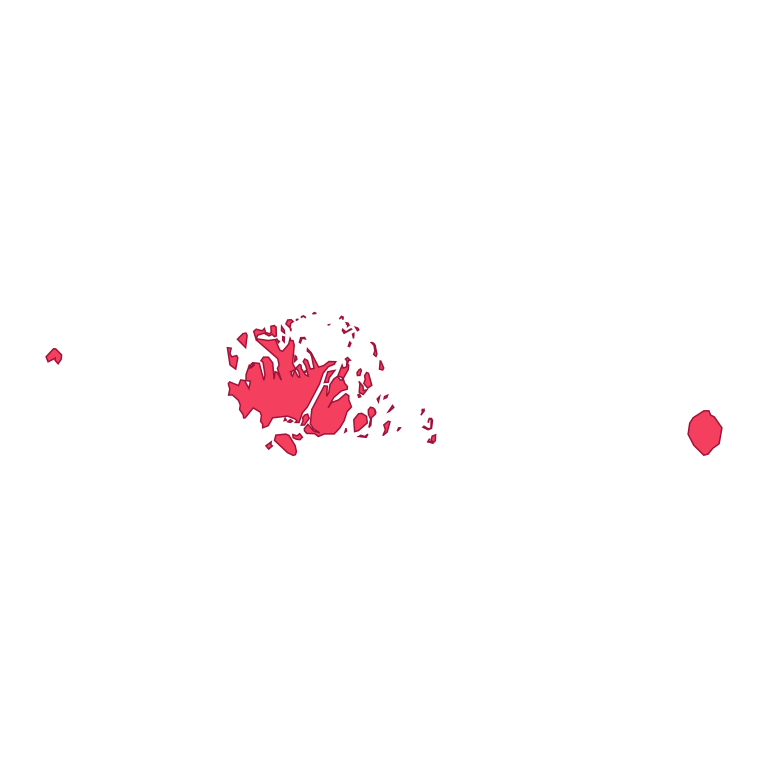 Savo-Russull Islands, Central, Solomon Islands
{"feature_id": "97153195B89982446723092", "entity_name": "Savo-Russull Islands", "entity_type": "district", "adm_level": 2, "iso_a3": "SLB", "parent_name": "Solomon Islands", "parent_adm1": "Central", "projection": "robinson", "projection_center": [159.191, -9.062], "detail": "fine", "context": "isolated", "style": "filled", "palette": "rose", "viewbox_px": 768, "rotation_deg": 0, "n_neighbors": 0, "source": "geoboundaries", "source_scale": "gbopen_adm2", "svg_char_len": 6172}
<svg xmlns="http://www.w3.org/2000/svg" viewBox="0 0 768 768"><path d="M287.6,416.1L295.0,418.9L296.9,420.7L295.4,422.4L299.0,422.5L302.4,412.8L307.4,406.9L319.4,384.2L323.1,373.2L328.4,366.6L334.2,364.3L335.7,361.7L329.0,361.5L323.6,365.6L318.6,367.1L311.2,352.8L307.5,348.8L307.3,351.1L310.5,353.5L311.8,357.1L314.0,368.4L310.4,369.0L307.5,360.5L304.7,359.0L303.2,361.6L305.8,366.0L308.3,376.1L305.6,374.9L301.4,368.7L301.0,365.2L299.5,364.5L296.1,368.0L298.9,372.1L299.7,377.3L298.0,376.7L294.8,370.2L292.5,376.2L291.1,374.5L291.8,372.1L290.7,371.8L295.6,369.3L292.6,363.4L294.2,345.2L293.0,340.6L291.0,340.6L290.1,338.4L288.7,344.1L282.5,351.4L279.7,350.0L275.3,339.5L268.4,340.5L257.7,339.0L257.1,340.6L277.8,358.7L279.1,365.0L277.4,368.5L281.4,380.3L277.2,372.4L275.2,371.7L274.1,379.2L272.7,362.9L268.4,357.2L263.5,357.1L261.0,360.7L263.0,362.2L265.0,374.9L263.8,380.2L259.3,363.4L252.7,362.7L252.2,363.3L253.9,363.8L254.1,365.3L250.9,367.9L248.9,368.1L248.0,369.4L249.2,367.3L249.6,364.4L246.1,374.4L246.0,380.7L250.4,381.2L248.9,388.5L244.6,380.5L240.6,380.0L238.5,385.5L229.6,381.9L228.3,383.7L229.8,389.0L228.6,395.1L232.4,394.9L238.5,400.4L240.3,405.2L239.6,409.5L243.2,414.7L243.6,417.9L245.2,417.8L253.2,407.9L260.2,412.1L261.4,415.5L260.6,421.3L262.6,424.0L262.7,427.8L268.2,425.7L272.6,417.8L287.6,416.1ZM351.5,406.9L348.8,399.9L348.8,395.7L345.8,393.7L338.4,400.0L331.6,402.5L328.1,407.8L333.7,397.5L341.4,390.9L347.2,389.2L347.4,386.5L344.6,383.2L343.2,378.5L348.2,369.6L348.7,365.2L347.5,363.7L348.7,360.4L350.2,360.2L347.5,357.5L345.4,359.1L347.0,361.1L346.6,366.8L343.1,368.1L342.1,365.2L337.9,375.8L342.3,377.6L342.3,380.1L340.0,379.9L337.7,376.2L333.8,379.0L330.0,384.7L328.8,392.5L326.7,396.2L327.3,386.2L324.2,385.8L311.8,409.4L310.3,423.9L313.6,428.9L319.8,432.8L313.7,431.1L307.9,424.3L304.3,428.7L304.5,430.9L306.7,433.4L314.7,433.7L318.3,436.5L324.5,433.9L334.2,433.9L339.7,428.1L344.2,420.6L347.0,411.8L351.5,406.9ZM721.9,427.9L714.4,417.0L710.6,415.0L708.9,410.8L704.0,410.8L693.2,417.7L689.7,423.2L688.1,434.2L693.8,445.3L703.8,455.2L708.1,454.1L712.8,448.3L719.1,443.8L721.9,427.9ZM296.4,451.6L295.1,445.5L288.9,435.4L285.7,434.1L275.9,435.1L274.5,440.4L287.5,452.6L293.2,455.4L295.4,454.7L296.4,451.6ZM367.3,422.9L366.5,416.3L361.7,413.3L358.5,413.8L353.8,419.7L354.6,431.6L358.3,430.7L367.3,422.9ZM61.6,354.9L55.7,348.9L53.5,348.8L46.1,356.8L48.1,361.8L55.2,358.2L55.1,360.3L58.1,363.8L61.1,359.5L61.6,354.9ZM276.3,336.0L276.1,327.1L274.2,325.5L270.9,326.3L271.2,332.4L269.6,333.7L265.6,332.5L264.4,328.5L262.2,330.8L256.2,329.2L253.7,331.4L256.1,339.3L257.7,335.2L264.0,333.2L268.9,335.9L272.2,334.4L274.3,336.6L276.3,336.0ZM237.8,357.9L236.7,355.6L231.7,356.8L229.9,353.5L231.2,348.2L227.4,347.7L230.0,364.9L235.7,369.1L237.8,357.9ZM247.1,335.5L246.0,333.1L243.0,333.6L237.4,339.2L245.6,347.6L247.1,335.5ZM371.8,385.3L368.5,373.3L366.6,372.5L364.6,375.7L365.2,379.5L363.8,383.5L367.7,388.1L371.8,385.3ZM376.0,413.1L374.8,409.5L373.1,407.9L370.5,407.2L368.3,409.9L368.4,414.1L370.7,419.2L368.9,427.5L370.8,425.2L371.4,417.8L375.5,413.9L375.2,412.2L376.0,413.1ZM334.8,370.4L327.8,371.8L324.4,382.5L328.4,382.1L329.2,377.8L334.8,370.4ZM309.2,418.3L307.6,414.1L305.0,414.9L302.7,417.4L303.0,421.0L301.2,425.1L304.4,425.0L309.2,418.3ZM390.0,421.8L388.3,421.2L383.8,424.9L385.4,429.7L382.9,435.6L387.2,432.0L390.0,421.8ZM366.8,389.9L363.4,390.5L363.0,386.2L358.9,381.4L359.9,383.8L359.2,392.2L363.2,394.5L366.8,389.9ZM302.4,437.2L299.7,433.7L297.1,435.8L292.8,434.6L293.1,437.6L296.2,439.2L300.0,439.7L302.4,437.2ZM435.3,440.7L435.6,434.8L432.2,436.1L431.0,440.2L432.5,441.3L432.3,442.1L428.4,441.2L429.7,438.6L427.7,441.8L432.9,443.2L435.3,440.7ZM293.2,321.6L291.2,319.7L287.7,320.0L285.9,323.9L289.9,327.7L290.9,323.0L293.2,321.6ZM272.3,445.9L270.8,444.6L271.2,441.9L265.9,445.8L268.7,449.1L272.3,445.9ZM383.7,368.0L380.8,361.1L380.2,361.0L379.5,369.2L382.7,370.0L383.7,368.0ZM376.9,354.1L375.1,345.2L373.9,343.5L372.1,342.5L371.3,342.6L374.0,345.3L374.9,350.7L373.7,354.5L376.0,356.4L376.9,354.1ZM361.4,370.4L360.5,369.0L359.1,369.8L357.0,372.7L357.4,375.5L359.9,375.4L361.4,370.4ZM432.5,420.5L431.5,418.5L429.7,418.4L429.0,419.0L428.2,421.6L428.3,422.7L429.3,418.7L431.2,419.4L430.9,428.3L428.3,428.8L424.0,426.2L422.9,427.2L428.0,429.7L431.5,428.4L432.5,420.5ZM366.2,437.3L367.9,434.1L364.8,436.5L360.8,435.3L358.7,436.5L366.2,437.3ZM296.9,359.2L296.3,356.6L295.1,355.7L294.6,361.5L296.9,359.2ZM351.5,329.2L351.1,328.9L349.5,329.6L346.2,332.0L342.7,329.3L342.4,330.4L344.1,333.3L351.5,329.2ZM393.8,407.4L392.5,405.5L388.3,411.8L389.4,411.3L393.8,407.4ZM305.3,338.9L304.6,337.5L300.7,337.7L299.4,342.3L300.4,342.9L302.0,338.3L305.3,338.9ZM284.5,333.1L284.2,330.2L281.6,326.4L281.5,330.7L284.5,333.1ZM292.5,421.2L290.4,419.6L287.7,421.7L290.3,422.4L292.5,421.2ZM424.3,410.7L423.9,409.4L422.3,409.4L422.0,411.0L422.1,411.4L422.4,409.9L423.6,409.5L420.9,415.2L424.3,410.7ZM387.6,395.2L384.5,396.6L384.1,398.7L386.8,397.5L387.6,395.2ZM253.7,364.4L251.4,363.8L250.2,366.4L252.1,366.7L253.7,364.4ZM350.9,343.2L349.7,342.1L348.3,346.2L349.5,346.6L350.9,343.2ZM360.7,396.7L359.5,394.2L357.9,394.9L358.8,397.3L360.7,396.7ZM378.4,401.8L379.6,396.5L377.2,399.0L378.4,401.8ZM286.3,420.1L285.1,418.1L284.2,420.6L286.3,420.1ZM346.5,431.1L346.0,428.2L344.9,432.1L346.5,431.1ZM284.4,337.0L282.8,336.6L282.6,340.3L284.2,342.0L284.4,337.0ZM400.3,427.8L398.7,427.8L397.2,431.1L399.6,429.0L400.3,427.8ZM353.5,338.4L353.9,334.5L353.8,333.4L352.5,334.2L353.5,338.4ZM358.8,329.8L357.8,328.1L355.5,327.3L357.5,330.7L358.8,329.8ZM348.9,325.2L348.0,323.1L346.7,322.9L348.3,324.4L345.8,323.9L347.7,324.5L347.6,326.3L348.9,325.2ZM343.0,319.6L343.1,317.0L341.4,316.4L339.3,319.1L341.7,316.8L343.0,319.6ZM279.4,341.4L278.0,340.6L276.5,338.5L278.5,342.6L279.4,341.4ZM306.7,370.4L304.8,371.2L304.7,372.7L306.4,371.6L306.7,370.4ZM305.8,317.9L304.9,316.7L303.3,315.8L301.9,316.5L300.9,317.6L303.5,316.2L305.8,317.9ZM290.9,331.2L291.0,328.9L290.2,328.0L290.9,331.2ZM312.5,313.8L316.3,313.4L314.4,312.6L312.5,313.8ZM295.9,320.4L298.4,319.3L296.9,319.3L295.9,320.4ZM328.9,324.9L329.1,324.7L327.6,324.9L328.9,324.9Z" fill="#f43f5e" stroke="#9f1239" stroke-width="1.5"/></svg>